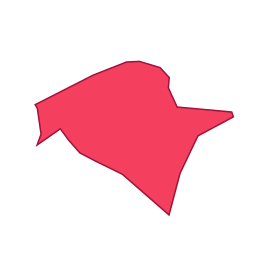 Nam-gu [South District], Daegu, South Korea (Equal Earth projection), rotated 110°
{"feature_id": "91817680B72214553011774", "entity_name": "Nam-gu [South District]", "entity_type": "district", "adm_level": 2, "iso_a3": "KOR", "parent_name": "South Korea", "parent_adm1": "Daegu", "projection": "equal_earth", "projection_center": [128.586, 35.828], "detail": "fine", "context": "isolated", "style": "filled", "palette": "rose", "viewbox_px": 256, "rotation_deg": 110, "n_neighbors": 0, "source": "geoboundaries", "source_scale": "gbopen_adm2", "svg_char_len": 420}
<svg xmlns="http://www.w3.org/2000/svg" viewBox="0 0 256 256"><g transform="rotate(110 128 128)"><path d="M175.1,207.6L151.9,191.3L159.9,179.3L167.9,164.7L170.3,146.7L173.4,117.5L195.7,59.7L152.7,63.6L111.5,59.6L81.5,32.8L77.5,36.0L91.5,89.0L76.5,103.8L66.5,106.5L60.3,118.5L61.5,140.0L66.5,152.0L90.2,178.8L137.8,223.2L140.6,219.9L163.5,207.6L175.1,207.6Z" fill="#f43f5e" stroke="#9f1239" stroke-width="1.5"/></g></svg>